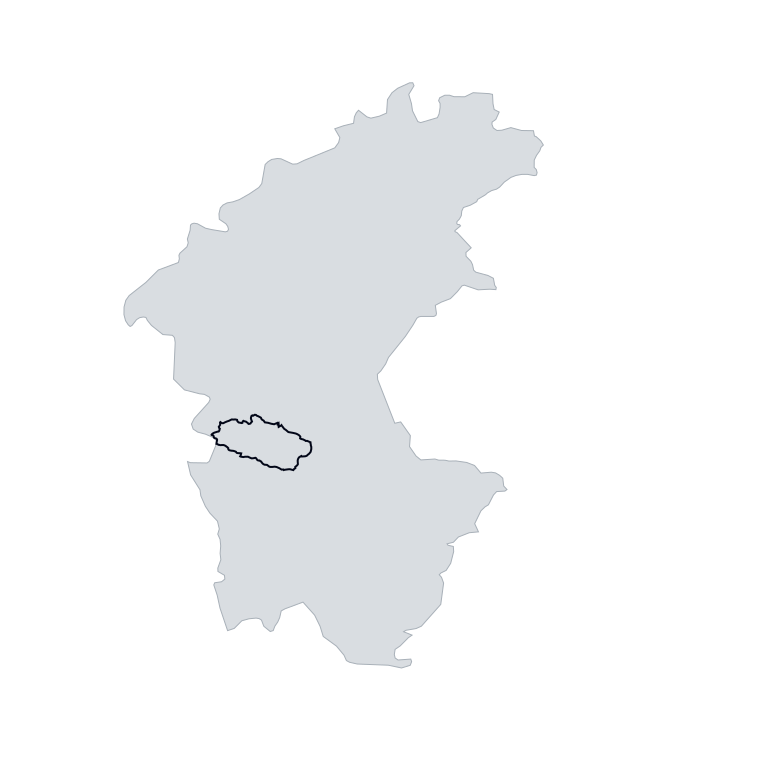 location of Tougue, Tougué, Guinea, rotated 249°
{"feature_id": "49546643B49131951551470", "entity_name": "Tougue", "entity_type": "district", "adm_level": 2, "iso_a3": "GIN", "parent_name": "Guinea", "parent_adm1": "Tougué", "projection": "natural_earth1", "projection_center": [-11.477, 11.51], "detail": "fine", "context": "in_parent", "style": "outline", "palette": "ink", "viewbox_px": 768, "rotation_deg": 249, "n_neighbors": 0, "source": "geoboundaries", "source_scale": "gbopen_adm2", "svg_char_len": 6972}
<svg xmlns="http://www.w3.org/2000/svg" viewBox="0 0 768 768"><g transform="rotate(249 384 384)"><path d="M463.7,509.4L458.1,508.5L455.5,509.8L448.0,520.0L443.5,524.0L436.4,522.7L433.9,523.4L432.0,522.3L434.6,516.7L438.2,505.6L447.5,494.4L447.7,492.0L443.9,485.5L439.9,476.6L439.9,467.0L439.1,460.1L430.9,458.2L429.4,457.0L429.2,454.7L433.8,442.8L434.2,440.4L433.6,438.2L428.6,432.1L420.7,420.9L407.2,397.7L402.2,392.8L397.4,385.8L395.5,381.3L390.5,379.7L343.5,380.0L342.6,386.0L326.4,390.1L316.4,385.4L305.3,388.1L299.9,391.2L295.7,404.7L293.4,407.6L291.0,413.6L288.8,417.0L286.4,423.6L281.1,433.1L275.5,439.3L266.1,442.6L263.2,452.6L261.0,456.3L257.3,459.2L253.5,461.1L245.8,459.2L241.4,461.0L240.7,458.5L243.2,450.6L241.2,446.5L233.8,438.2L233.1,434.3L230.9,429.1L221.1,418.6L212.1,419.2L214.6,410.3L214.5,398.6L211.4,392.1L212.2,385.6L210.5,386.0L207.5,390.5L202.6,389.0L192.7,382.0L187.7,375.2L187.2,369.5L186.1,367.2L183.0,368.4L176.8,368.3L157.9,358.0L144.5,332.1L144.2,326.3L146.2,316.2L145.7,313.5L139.5,320.2L138.4,315.7L133.7,305.3L132.3,299.3L127.8,296.7L124.2,296.2L121.3,298.2L117.6,310.4L114.9,310.3L112.0,307.7L112.6,298.6L119.9,287.3L132.2,258.6L136.6,252.1L139.3,249.8L145.1,249.5L156.3,245.7L170.1,236.8L180.7,237.5L193.1,236.4L209.4,230.2L209.6,211.0L209.0,206.7L203.3,202.9L199.9,199.5L197.0,195.3L193.5,192.2L193.7,189.1L200.9,185.0L207.5,185.0L209.7,183.4L211.3,180.7L213.2,173.8L213.9,166.4L209.5,156.6L209.8,149.6L233.6,150.6L246.7,152.6L257.4,153.1L259.1,154.7L257.6,161.5L258.9,165.5L262.6,166.5L268.5,161.8L271.7,162.9L278.4,168.7L284.6,170.3L291.3,173.5L297.7,175.3L303.4,175.0L307.7,178.3L315.6,179.4L325.8,175.2L333.9,173.4L345.2,172.9L351.2,174.3L368.4,170.9L382.0,172.8L379.9,175.1L373.7,190.5L374.4,193.2L388.2,206.2L391.5,207.2L395.2,205.4L401.1,199.4L405.8,192.9L410.3,189.7L415.6,189.9L419.8,194.5L429.6,213.8L432.1,216.3L434.4,216.2L438.7,212.6L440.9,208.4L450.0,195.6L464.0,189.3L497.5,203.9L502.4,205.0L505.3,203.9L509.4,195.3L522.0,187.9L528.1,185.9L531.5,185.6L532.8,183.3L533.5,179.7L532.8,176.1L528.9,169.6L528.7,167.6L531.0,166.4L535.7,165.4L542.0,166.1L549.0,168.9L554.7,173.0L557.9,177.8L564.2,198.2L571.3,214.2L571.1,235.6L574.2,237.8L577.7,238.7L579.3,240.4L582.7,249.2L585.9,251.8L589.8,252.4L597.0,258.1L601.7,260.3L602.4,262.0L602.2,264.3L600.4,267.3L593.4,273.2L590.0,278.3L582.9,290.4L582.7,292.7L584.2,294.3L587.2,294.6L590.3,293.8L596.8,289.3L602.0,290.9L607.0,294.3L608.8,297.8L609.3,302.4L608.2,308.3L608.0,315.0L609.7,326.3L612.3,337.6L614.9,341.7L631.5,351.7L633.1,355.4L633.9,359.6L632.7,365.4L631.1,368.6L622.0,377.5L620.7,381.7L621.4,389.5L622.1,422.7L625.7,428.2L629.9,431.1L639.9,429.5L639.6,438.7L638.3,449.0L644.1,452.2L647.1,455.3L648.7,458.3L639.5,463.8L636.9,467.0L635.7,475.6L636.0,483.5L648.3,489.2L653.1,495.9L655.2,502.8L656.0,515.8L654.9,518.8L651.7,518.9L645.5,510.9L635.9,510.1L628.8,508.5L616.9,509.6L614.9,511.9L613.5,529.3L616.4,532.2L622.1,535.5L625.8,536.9L628.9,536.5L631.3,538.6L631.8,544.3L630.2,548.5L627.1,552.4L623.2,562.4L624.0,571.6L617.4,586.2L615.5,589.1L606.6,586.2L600.8,585.2L596.6,589.0L590.9,583.2L589.8,578.8L587.7,577.8L583.8,577.8L580.2,580.3L578.7,584.9L577.9,594.3L571.4,603.2L566.9,614.3L561.6,613.3L560.4,614.7L554.8,617.5L550.0,618.4L548.7,615.4L545.9,613.0L542.8,608.3L539.2,604.5L532.4,601.8L529.7,603.0L526.5,602.7L524.4,601.2L524.7,598.9L528.3,593.1L530.3,587.8L531.4,582.0L531.4,576.5L529.4,568.7L526.4,562.5L525.6,558.9L526.0,553.8L525.3,549.1L524.3,546.6L522.8,537.6L521.0,535.9L520.0,528.7L520.3,521.4L517.6,518.6L513.5,516.5L511.0,513.6L509.5,510.4L508.0,509.5L506.7,509.7L505.6,511.7L504.2,512.1L501.8,505.2L500.8,504.9L499.1,506.5L479.9,514.2L477.4,507.6L473.8,506.4L467.4,509.1L463.7,509.4Z" fill="#d9dde1" stroke="#a8b0b8" stroke-width="1"/><path d="M355.9,294.5L358.5,291.8L358.8,290.6L359.9,289.9L360.6,289.2L361.0,288.9L361.5,288.3L361.9,287.6L362.2,287.3L362.8,286.5L363.3,286.2L364.7,287.0L365.6,286.8L366.8,286.2L368.1,285.2L369.3,284.0L371.0,281.5L373.4,277.5L376.5,275.8L377.8,274.8L380.8,273.9L381.9,273.5L382.3,273.5L382.1,273.0L382.0,272.1L381.7,270.3L382.7,270.5L383.7,271.1L385.2,271.5L384.8,270.3L385.9,270.5L385.8,267.0L387.3,264.5L389.3,261.9L390.9,259.0L393.0,258.5L394.2,257.5L395.0,257.1L396.7,257.0L397.4,256.4L398.1,255.8L398.9,255.1L400.1,253.8L401.0,253.4L401.6,252.3L401.4,251.2L401.3,250.4L401.8,250.1L401.8,249.0L401.3,248.6L400.6,247.9L399.5,247.4L398.3,247.3L397.7,247.3L396.2,247.3L395.7,246.1L395.0,245.2L395.0,244.2L395.3,243.2L396.5,242.8L397.7,242.0L398.4,241.6L398.9,240.8L399.6,239.9L400.0,239.5L399.6,238.6L399.0,238.2L398.5,237.9L398.5,237.2L399.2,236.1L400.2,234.5L401.7,233.8L403.2,234.0L404.1,232.7L404.8,230.7L405.5,229.0L405.2,226.0L405.3,223.8L405.2,221.5L405.0,220.0L405.4,218.8L406.3,218.1L407.1,217.6L406.8,217.1L405.6,216.8L404.6,216.4L403.8,215.3L403.2,214.4L402.4,214.4L401.6,214.4L401.2,214.7L400.1,214.0L399.4,213.4L398.9,212.6L399.2,211.4L399.3,209.3L399.4,208.2L399.2,206.6L398.8,205.4L398.5,204.9L398.4,204.8L397.9,205.1L397.5,205.8L397.1,206.1L396.5,206.3L395.0,206.0L394.2,206.5L393.1,207.9L392.5,208.2L391.7,208.2L388.8,206.4L388.2,206.1L387.9,206.7L387.7,206.8L387.3,207.1L387.0,207.3L386.7,207.7L386.4,207.9L386.2,208.4L385.9,208.8L385.6,209.2L385.5,209.5L385.3,210.1L385.2,210.5L385.1,211.0L384.8,211.5L384.6,212.2L384.2,212.7L384.0,213.0L383.6,213.4L383.2,213.7L383.0,214.0L382.5,214.2L382.1,214.4L381.9,214.6L381.7,214.7L381.5,214.9L381.2,215.1L380.8,215.2L380.7,215.3L380.2,215.4L380.0,215.6L379.6,215.5L379.3,215.4L379.0,215.3L378.7,215.3L378.3,215.4L378.0,215.6L377.8,215.7L377.5,216.0L377.3,216.3L377.1,216.6L376.8,217.0L376.7,217.3L376.3,217.8L376.2,218.2L376.0,218.6L375.8,218.9L375.6,219.3L375.5,219.6L375.2,219.9L374.9,220.3L374.6,220.6L374.3,221.0L374.0,221.3L373.8,221.5L373.2,221.6L372.8,221.7L372.6,221.8L372.4,222.0L372.2,222.2L372.1,222.4L372.0,222.5L371.9,222.7L371.7,223.1L371.6,223.4L371.5,223.7L371.3,223.9L371.2,224.3L371.1,224.6L370.9,225.0L370.6,225.4L370.4,225.8L369.0,224.8L368.4,224.3L368.0,223.8L367.4,224.4L366.2,226.5L365.9,228.2L364.9,230.9L363.1,232.6L362.0,233.8L361.7,234.8L361.3,236.5L361.3,236.8L361.3,237.2L361.2,237.5L360.9,237.8L360.6,237.9L360.4,238.0L360.1,238.1L359.8,238.2L359.5,238.2L359.2,238.3L358.9,238.4L358.6,238.5L358.4,238.5L357.9,238.9L357.7,239.3L357.3,239.8L357.2,240.4L356.0,241.1L355.8,241.3L355.6,241.6L355.2,241.6L354.4,241.8L353.5,242.1L352.5,242.6L351.5,243.5L350.4,245.8L347.9,247.3L347.3,248.2L346.6,250.0L346.0,252.3L345.0,254.0L342.9,256.1L340.8,257.7L340.2,259.5L339.6,259.6L339.6,259.8L339.3,261.5L338.7,264.0L338.4,265.0L338.0,265.9L337.9,266.0L336.1,268.5L336.8,269.5L337.2,271.1L338.4,271.4L338.7,272.3L339.1,273.5L339.8,274.7L340.1,274.9L343.3,275.9L344.6,276.7L345.9,278.2L346.3,280.0L346.4,281.0L345.9,281.0L345.1,283.3L344.7,284.9L344.7,286.2L345.3,287.6L345.7,289.0L346.8,291.0L347.1,291.3L349.3,292.8L351.4,293.6L353.0,293.7L354.2,294.1L355.2,294.1L355.9,294.5Z" fill="none" stroke="#020617" stroke-width="2"/></g></svg>